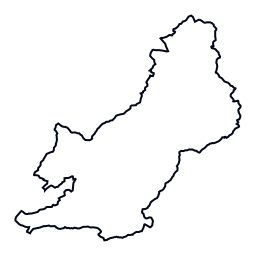 Song Ma, Son La, Vietnam (Equal Earth projection), rotated 270°
{"feature_id": "81297802B25580956843795", "entity_name": "Song Ma", "entity_type": "district", "adm_level": 2, "iso_a3": "VNM", "parent_name": "Vietnam", "parent_adm1": "Son La", "projection": "equal_earth", "projection_center": [103.658, 21.099], "detail": "fine", "context": "isolated", "style": "outline", "palette": "ink", "viewbox_px": 256, "rotation_deg": 270, "n_neighbors": 0, "source": "geoboundaries", "source_scale": "gbopen_adm2", "svg_char_len": 5753}
<svg xmlns="http://www.w3.org/2000/svg" viewBox="0 0 256 256"><g transform="rotate(270 128 128)"><path d="M24.8,141.8L28.1,143.4L31.6,144.4L31.7,144.7L31.5,145.3L28.7,150.1L28.8,150.6L30.8,152.3L32.8,152.5L35.0,153.0L37.8,151.6L38.4,151.1L38.6,149.3L37.7,147.4L37.6,146.0L38.0,145.3L39.3,144.2L42.2,143.5L43.2,142.2L43.8,142.0L46.8,142.6L47.0,145.3L48.1,147.6L49.5,148.2L49.8,148.9L50.7,149.5L54.0,150.9L57.2,155.3L57.8,156.9L60.0,158.3L61.5,158.6L62.3,159.2L64.1,159.1L64.7,159.7L65.7,162.1L67.1,163.7L69.8,165.2L72.4,165.4L73.1,166.2L74.0,168.2L74.8,168.9L75.8,170.5L78.9,172.3L80.2,173.5L82.0,174.0L82.9,174.7L84.0,175.6L85.5,177.4L88.4,177.6L89.8,176.8L92.4,178.6L95.2,179.4L96.2,179.5L99.3,179.1L101.0,179.9L102.8,179.3L103.8,179.4L104.9,180.7L105.1,181.3L104.9,183.4L105.7,185.3L105.7,187.3L106.6,189.3L106.4,191.3L106.6,192.1L105.3,195.0L105.2,196.5L104.0,197.8L103.6,198.7L103.4,199.3L103.7,199.9L105.2,201.0L106.5,202.3L107.9,204.5L111.0,207.6L111.3,208.6L112.3,209.9L112.7,211.9L113.0,212.2L112.8,213.7L113.4,215.6L114.8,218.8L116.7,221.0L118.7,222.4L118.7,223.1L118.3,224.2L119.1,224.6L119.2,225.6L118.5,226.0L118.2,226.4L119.1,228.1L120.8,229.6L121.2,230.7L122.5,232.3L123.3,232.8L124.7,233.2L127.4,235.3L129.0,238.7L129.7,239.1L131.1,238.4L132.1,236.7L133.0,237.8L133.8,238.3L135.4,237.1L136.0,237.2L136.7,239.3L137.8,239.7L138.5,240.2L140.4,240.3L143.4,238.8L145.9,238.3L146.7,238.7L148.7,240.4L149.7,240.6L150.6,240.4L150.9,239.8L152.6,238.6L155.0,238.2L155.2,237.9L154.5,233.7L154.6,233.3L155.5,233.7L156.4,233.5L159.7,230.7L161.4,230.7L162.3,231.3L164.0,233.3L164.4,233.6L165.9,233.7L166.6,235.1L167.6,235.5L168.5,233.5L169.8,232.5L170.5,230.4L172.4,229.1L173.2,228.2L174.3,225.0L174.9,224.2L177.9,221.7L179.1,219.4L180.3,219.1L182.7,217.3L183.3,215.8L183.9,215.7L185.3,216.4L189.6,217.3L192.3,216.8L193.3,216.3L196.1,216.7L197.6,217.8L198.5,220.0L199.3,220.1L202.0,218.7L202.8,218.8L203.8,218.3L205.5,216.4L206.3,216.0L206.9,215.1L207.6,213.5L207.6,212.5L207.9,211.8L209.2,211.2L209.7,211.7L209.6,213.1L210.0,213.6L211.8,213.1L213.4,213.1L214.3,213.4L215.9,215.7L218.1,215.5L219.0,215.2L224.1,215.2L224.9,215.2L226.4,216.3L227.3,216.3L230.1,213.8L231.2,213.7L232.9,211.9L233.5,210.6L233.7,209.7L233.7,206.7L233.2,204.9L233.6,203.8L235.4,201.4L236.2,199.6L236.2,198.7L235.9,198.0L234.3,195.0L239.1,192.9L240.4,191.1L239.6,189.0L238.9,188.2L236.0,186.3L235.0,184.8L234.4,182.8L232.3,181.3L231.9,179.4L229.5,178.0L227.4,175.5L227.1,173.9L226.7,173.4L225.8,173.2L224.9,173.4L224.5,174.8L224.2,175.1L222.9,174.5L221.7,172.5L220.6,172.3L220.5,171.7L221.1,169.5L219.4,167.1L218.2,163.5L218.0,161.1L217.6,160.5L212.2,165.3L209.6,166.0L204.8,168.1L204.5,166.7L205.3,163.3L205.9,158.7L205.8,155.0L206.3,153.4L206.0,152.6L204.4,151.5L203.0,150.7L200.2,150.1L198.3,151.6L195.9,154.3L194.8,154.2L192.6,154.8L191.9,155.4L190.3,153.4L188.0,152.5L185.4,149.7L185.0,151.1L183.8,151.3L182.9,153.7L182.3,153.8L179.9,152.9L180.0,151.6L180.5,150.2L180.3,150.0L178.9,149.8L176.4,147.9L173.8,146.4L173.2,146.5L172.4,147.2L170.9,147.5L170.0,147.3L168.7,145.5L167.9,145.0L166.0,145.2L164.5,143.0L163.6,143.0L163.2,142.7L162.6,140.7L160.9,141.8L159.9,141.8L157.4,140.8L153.6,140.1L151.9,136.6L150.8,136.0L150.5,131.7L149.7,130.6L147.6,130.4L146.7,129.4L144.6,126.1L142.3,123.9L141.2,118.7L140.3,116.2L137.8,114.5L135.7,112.3L135.4,110.2L134.6,109.3L134.2,108.1L134.2,106.2L132.9,104.7L132.8,103.9L132.0,102.4L130.6,100.9L128.1,98.8L127.8,98.2L126.8,97.3L125.6,96.8L123.4,95.2L122.3,94.7L119.8,92.2L119.2,92.0L117.4,92.2L116.3,90.7L115.8,89.6L116.0,85.3L118.0,83.2L120.5,81.9L121.4,80.4L122.7,79.2L122.7,77.8L123.6,75.2L123.4,72.2L123.9,70.8L125.2,70.1L127.9,67.8L128.6,66.7L129.1,65.2L129.2,63.3L129.6,62.6L129.7,61.9L132.5,58.3L131.0,56.1L128.2,55.5L126.8,54.6L126.2,54.6L125.0,55.9L122.7,57.3L120.9,56.4L119.5,56.8L118.0,56.7L116.6,57.0L113.5,56.4L112.5,55.9L110.6,55.8L108.3,54.0L105.6,53.7L104.3,52.9L103.7,50.5L102.1,46.7L96.8,43.6L96.0,43.3L93.8,40.9L93.0,40.6L91.5,40.7L89.9,40.0L88.0,38.2L85.8,38.1L84.1,35.3L83.4,34.7L81.2,34.0L80.9,34.1L80.8,36.1L80.5,38.0L80.0,38.8L78.3,39.7L77.1,43.5L76.8,43.7L76.2,43.3L75.9,43.5L74.8,47.5L72.3,47.1L70.2,44.5L68.3,42.8L66.4,45.0L65.6,45.0L67.3,46.5L70.1,50.3L70.4,51.0L70.4,51.5L69.8,52.9L68.5,54.6L68.3,55.2L69.0,56.3L69.2,57.9L69.5,58.3L70.6,59.0L72.9,62.1L73.8,62.3L74.1,63.4L74.8,64.5L77.8,64.5L78.1,68.5L78.4,69.5L79.7,72.0L79.6,72.8L76.5,73.4L77.1,75.1L77.1,75.5L76.7,75.6L72.9,73.4L65.6,72.7L64.5,71.3L64.5,71.0L65.8,69.7L66.2,68.2L65.8,65.9L64.0,64.3L60.8,64.8L60.1,63.9L59.0,61.1L57.7,58.8L55.8,59.8L54.3,58.0L51.8,57.6L51.4,57.0L50.7,55.2L50.7,54.3L51.2,53.2L50.8,52.7L49.1,51.9L49.0,51.1L49.0,47.0L48.8,46.3L47.5,45.1L46.8,43.6L46.3,40.1L45.9,39.3L44.0,37.6L42.6,32.1L42.3,29.3L42.5,28.7L42.0,27.7L42.0,26.1L42.5,24.8L44.0,23.2L45.0,21.5L44.6,20.9L39.0,16.1L36.8,15.4L35.4,15.5L31.8,19.2L30.8,20.8L30.5,22.6L29.5,24.5L28.8,27.1L28.9,29.1L27.2,28.6L25.0,27.1L24.2,27.0L22.7,30.1L24.6,31.1L27.1,33.3L28.5,40.2L29.1,41.4L29.4,42.8L29.9,43.6L29.9,46.0L30.4,48.5L30.4,49.3L29.7,50.5L29.9,54.7L29.2,55.8L28.7,56.0L27.4,58.3L27.1,60.2L27.9,63.8L28.9,64.8L28.7,65.7L27.9,66.5L28.1,68.6L27.6,70.2L27.9,71.6L27.5,72.9L28.3,74.5L28.0,75.1L28.2,75.9L27.6,77.2L27.6,79.5L29.2,83.3L29.2,86.6L29.5,87.7L28.5,90.7L28.7,92.9L28.2,96.8L27.7,98.0L26.5,99.6L24.7,101.0L24.2,101.0L22.9,100.0L22.1,98.7L21.2,98.4L19.2,100.6L18.6,102.3L17.9,103.5L15.7,104.3L15.6,104.8L15.9,105.4L16.0,106.9L16.9,107.9L17.3,109.3L18.0,110.4L18.4,113.1L18.8,113.9L18.9,115.2L19.3,116.7L18.7,117.8L18.9,118.6L18.5,119.8L18.7,120.8L18.2,122.7L18.8,123.5L19.6,126.1L21.0,127.8L21.1,128.4L20.9,129.8L21.4,131.8L21.2,132.6L22.0,133.1L23.9,136.0L24.1,137.0L24.0,139.0L24.8,140.7L24.8,141.8Z" fill="none" stroke="#020617" stroke-width="2"/></g></svg>